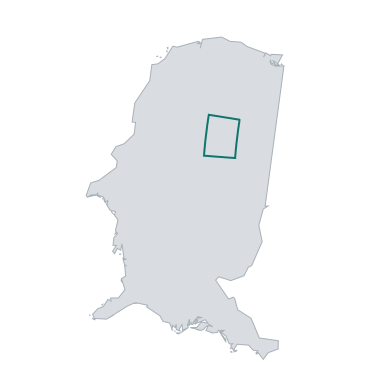 Wyoming on a map of United States of America (Albers equal-area conic projection), rotated 97°
{"feature_id": "USA-3527", "entity_name": "Wyoming", "entity_type": "State", "adm_level": 1, "iso_a3": "USA", "parent_name": "United States of America", "parent_adm1": "", "projection": "albers", "projection_center": [-107.983, 43.0], "detail": "fine", "context": "in_parent", "style": "outline", "palette": "teal", "viewbox_px": 384, "rotation_deg": 97, "n_neighbors": 0, "source": "natural_earth", "source_scale": "10m", "svg_char_len": 6101}
<svg xmlns="http://www.w3.org/2000/svg" viewBox="0 0 384 384"><g transform="rotate(97 192 192)"><path d="M310.2,117.9L328.7,107.4L329.1,88.2L337.3,87.4L342.2,96.8L349.4,100.9L343.3,106.9L343.8,108.8L341.6,107.2L341.6,111.9L337.1,117.2L337.6,128.6L342.7,131.1L344.7,129.5L343.3,128.0L344.4,128.5L345.5,130.5L339.7,134.8L337.6,133.2L338.2,136.5L331.0,140.6L327.0,146.9L326.7,144.4L325.5,143.3L326.1,149.1L328.1,149.4L329.4,154.0L327.8,161.3L322.3,159.5L323.3,154.9L321.5,158.5L324.2,162.0L326.8,163.6L328.2,166.0L326.8,177.3L326.0,170.9L319.9,167.0L320.3,160.1L317.1,163.4L321.7,171.5L316.9,170.4L315.7,171.1L315.9,168.0L315.5,167.2L315.0,169.8L315.6,171.6L322.7,172.7L322.0,174.7L318.3,172.8L317.1,172.6L321.7,175.0L323.4,175.1L323.4,177.6L321.0,176.6L325.0,178.8L324.5,179.5L322.5,178.4L318.6,179.0L324.3,180.4L327.1,179.2L333.0,185.9L328.1,180.9L330.4,184.5L324.7,185.8L330.1,188.2L331.6,186.3L330.5,190.8L324.9,191.6L328.7,192.2L326.7,195.0L330.4,195.1L324.8,198.2L323.9,205.1L318.8,208.7L311.6,223.0L309.8,222.3L308.8,233.3L309.2,235.8L313.3,242.5L328.6,261.3L329.4,273.6L325.3,275.7L319.1,271.0L316.7,266.2L308.8,262.3L310.1,259.0L307.2,260.0L306.1,252.1L296.9,246.6L286.6,251.5L283.5,247.6L272.7,250.0L273.7,247.9L272.2,250.1L267.6,252.1L266.7,248.7L266.5,251.3L251.9,255.3L258.5,255.7L257.1,259.3L262.6,261.3L260.5,263.6L254.2,260.6L254.6,263.9L246.9,264.0L242.0,260.8L239.9,263.3L228.6,262.1L223.0,267.6L224.4,266.1L220.8,265.5L220.0,271.3L213.8,275.9L215.2,274.6L210.8,274.6L212.6,276.3L207.7,279.3L206.5,285.7L204.1,285.0L206.3,286.5L207.3,292.0L209.9,295.2L208.5,296.6L195.4,293.7L191.7,285.7L177.1,270.3L170.4,269.9L164.4,276.8L156.2,272.9L152.4,265.3L141.7,256.5L129.8,256.5L129.8,260.0L110.6,259.6L86.6,247.5L70.5,247.4L68.9,241.3L62.8,235.0L49.6,228.8L50.1,224.6L41.7,204.2L42.3,202.3L44.2,205.1L43.4,200.8L48.3,201.3L39.2,200.2L34.6,181.4L37.9,172.5L37.3,161.6L40.8,155.3L45.4,136.1L49.4,137.4L45.0,135.6L47.2,130.6L45.7,130.3L44.9,118.9L54.4,122.6L51.5,128.0L55.4,124.5L54.3,129.3L51.8,130.0L53.4,130.5L55.6,128.9L57.0,124.1L55.5,116.1L197.1,117.7L196.7,114.8L200.2,119.2L217.0,121.6L232.7,116.3L257.8,123.8L259.7,126.9L268.8,130.2L275.2,142.7L272.9,155.1L276.6,157.8L293.8,142.7L291.3,138.1L292.7,136.6L303.3,132.3L310.2,117.9ZM334.2,141.7L337.2,139.7L327.1,147.8L334.9,139.9L334.2,141.7ZM55.5,120.9L56.4,124.1L56.2,124.6L54.7,122.0L55.5,120.9ZM209.5,294.2L207.3,289.5L207.0,286.7L207.6,289.6L209.5,294.2ZM344.3,106.9L344.9,108.3L344.3,108.3L344.3,106.9ZM242.4,262.2L242.9,263.3L241.6,262.6L242.4,262.2ZM54.3,234.2L55.9,233.8L56.0,234.0L54.3,234.2ZM52.7,233.5L51.9,234.3L51.5,233.5L52.7,233.5ZM342.8,133.7L342.3,135.0L342.0,134.9L342.8,133.7ZM207.6,284.0L207.0,286.3L208.7,281.7L207.6,284.0ZM323.8,255.0L326.8,258.8L323.4,254.7L323.8,255.0ZM61.9,239.1L62.5,240.4L61.8,239.2L61.9,239.1ZM330.4,274.0L329.4,275.8L330.7,272.2L330.4,274.0ZM334.5,188.4L333.8,190.6L333.3,186.2L334.5,188.4ZM54.6,118.1L54.5,119.0L54.0,118.5L54.6,118.1ZM212.7,277.2L210.5,278.5L212.8,276.8L212.7,277.2ZM346.0,132.7L346.4,133.7L345.4,133.9L346.0,132.7ZM61.5,242.5L61.9,244.0L61.3,242.6L61.5,242.5ZM210.0,279.5L209.1,280.2L209.8,279.1L210.0,279.5ZM328.3,168.0L327.9,170.8L328.2,167.1L328.3,168.0ZM222.5,268.7L221.0,269.8L223.0,268.0L222.5,268.7ZM309.4,234.3L309.7,236.2L309.1,235.0L309.4,234.3ZM331.0,195.2L330.6,195.7L331.5,193.9L331.0,195.2ZM290.4,250.0L288.8,251.5L288.0,251.5L290.4,250.0ZM266.8,252.0L266.5,252.4L265.5,252.5L266.8,252.0ZM314.8,267.0L315.4,268.2L314.4,266.9L314.8,267.0ZM262.7,255.6L262.7,256.8L262.1,254.8L262.7,255.6ZM327.1,278.3L326.1,278.8L327.5,278.0L327.1,278.3ZM329.4,154.9L329.3,156.3L329.4,154.4L329.4,154.9ZM332.9,191.4L332.5,192.0L332.3,192.0L332.9,191.4Z" fill="#d9dde1" stroke="#a8b0b8" stroke-width="1"/><path d="M113.3,184.7L113.3,184.2L113.4,183.7L113.4,183.3L113.4,182.8L113.4,182.3L113.4,181.8L113.4,181.3L113.5,180.8L113.5,180.3L113.5,179.8L113.5,179.4L113.5,178.9L113.6,178.4L113.6,177.9L113.6,177.4L113.6,176.9L113.6,175.7L113.7,174.5L113.7,173.3L113.8,172.1L113.8,170.8L113.9,169.6L113.9,168.4L114.0,167.2L114.0,166.0L114.0,164.7L114.1,163.5L114.1,162.3L114.2,161.1L114.2,159.9L114.3,158.7L114.3,157.4L114.3,157.2L114.3,156.7L114.4,156.3L114.4,156.0L114.4,155.8L114.4,155.5L114.4,155.3L114.4,155.1L114.4,154.8L114.4,154.6L114.4,154.4L114.4,154.1L114.4,153.9L114.5,153.7L115.3,153.6L115.9,153.6L116.5,153.6L117.1,153.6L117.7,153.6L118.3,153.7L118.9,153.7L119.5,153.7L120.1,153.7L120.7,153.7L121.3,153.7L121.9,153.7L122.5,153.8L123.1,153.8L123.7,153.8L124.3,153.8L124.9,153.8L125.5,153.8L126.1,153.8L126.7,153.8L127.3,153.8L127.9,153.8L128.5,153.8L129.1,153.8L129.7,153.8L130.3,153.8L130.9,153.8L131.5,153.8L132.1,153.8L132.7,153.8L133.3,153.8L133.9,153.8L134.5,153.8L135.1,153.8L135.7,153.8L136.3,153.8L136.9,153.8L137.5,153.8L138.1,153.8L138.7,153.8L139.3,153.8L139.9,153.8L140.5,153.7L141.1,153.7L141.7,153.7L142.3,153.7L143.0,153.7L143.6,153.7L144.2,153.7L144.8,153.6L145.4,153.6L146.0,153.6L146.6,153.6L147.2,153.6L147.8,153.5L148.4,153.5L149.0,153.5L149.6,153.5L150.2,153.5L150.8,153.4L151.4,153.4L152.0,153.4L152.6,153.4L153.0,153.3L153.1,154.3L153.1,155.3L153.2,156.2L153.2,157.2L153.3,158.2L153.3,159.2L153.4,160.1L153.4,161.1L153.5,162.1L153.5,163.1L153.6,164.0L153.6,165.0L153.6,166.0L153.7,167.0L153.7,167.9L153.8,168.9L153.8,169.9L153.9,170.9L153.9,171.8L154.0,172.8L154.0,173.8L154.1,174.8L154.1,175.7L154.2,176.7L154.2,177.7L154.2,178.7L154.3,179.6L154.3,180.6L154.4,181.6L154.4,182.6L154.5,183.5L154.5,184.5L153.8,184.5L152.9,184.6L151.9,184.6L151.0,184.7L150.1,184.7L149.2,184.7L148.2,184.8L147.3,184.8L146.4,184.8L145.5,184.8L144.5,184.9L143.6,184.9L142.7,184.9L141.8,184.9L140.8,185.0L139.9,185.0L139.0,185.0L138.1,185.0L137.1,185.0L136.2,185.0L135.3,185.0L134.4,185.0L133.4,185.0L132.5,185.0L131.6,185.0L130.7,185.0L129.7,185.0L128.8,185.0L127.9,185.0L127.0,185.0L126.0,185.0L125.1,185.0L124.4,185.0L123.6,185.0L122.9,185.0L122.2,185.0L121.4,184.9L120.7,184.9L120.0,184.9L119.2,184.9L118.5,184.9L117.7,184.9L117.0,184.8L116.3,184.8L115.5,184.8L114.8,184.8L114.1,184.7L113.3,184.7L113.3,184.7Z" fill="none" stroke="#0f766e" stroke-width="2"/></g></svg>